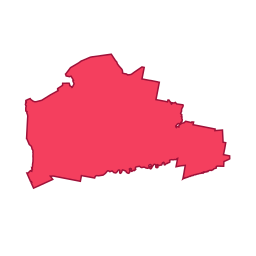 the district of Ances pag., Ventspils, Latvia, rotated 187°
{"feature_id": "27541924B94862337906440", "entity_name": "Ances pag.", "entity_type": "district", "adm_level": 2, "iso_a3": "LVA", "parent_name": "Latvia", "parent_adm1": "Ventspils", "projection": "mercator", "projection_center": [21.993, 57.524], "detail": "fine", "context": "isolated", "style": "filled", "palette": "rose", "viewbox_px": 256, "rotation_deg": 187, "n_neighbors": 0, "source": "geoboundaries", "source_scale": "gbopen_adm2", "svg_char_len": 5360}
<svg xmlns="http://www.w3.org/2000/svg" viewBox="0 0 256 256"><g transform="rotate(187 128 128)"><path d="M214.4,56.8L196.4,67.8L199.2,70.7L196.3,71.2L168.8,69.3L168.4,75.1L155.0,74.3L154.9,74.6L154.8,75.4L154.7,75.8L154.3,76.3L153.6,76.9L151.3,77.0L147.0,78.2L145.5,79.6L144.5,80.8L144.0,81.7L143.2,82.8L142.9,83.0L142.1,83.1L140.7,82.4L139.1,83.2L138.6,83.4L138.2,83.2L136.5,82.0L134.6,81.9L134.2,82.3L133.1,83.7L132.6,84.8L132.0,85.2L131.4,85.2L131.1,85.1L130.9,84.7L130.9,84.2L130.9,83.1L130.7,82.4L130.4,82.2L129.9,82.1L129.5,82.5L129.1,83.2L128.9,83.7L128.6,85.2L128.5,85.6L128.2,85.8L126.7,85.5L126.1,85.2L125.4,85.2L124.7,84.7L124.3,84.0L123.8,83.6L122.7,83.2L122.1,83.1L121.2,83.7L121.0,84.2L121.0,85.6L121.2,86.6L121.3,86.9L121.6,87.2L121.7,87.4L121.5,87.7L120.9,88.1L120.4,88.2L119.8,87.9L119.7,87.6L119.9,86.2L119.5,85.5L118.9,85.4L117.9,86.4L117.2,86.6L116.8,86.4L116.6,86.5L116.3,86.7L116.2,87.0L115.6,87.4L115.4,87.8L115.3,88.0L115.8,88.3L115.7,89.3L115.8,89.6L115.4,90.2L114.6,90.6L111.9,91.4L110.5,90.6L109.9,90.4L109.4,90.4L108.2,90.9L107.4,91.1L106.5,91.0L105.7,90.6L105.3,90.5L103.4,90.4L102.5,91.1L102.3,91.5L102.4,92.4L102.8,92.8L102.8,93.3L102.6,93.6L102.2,94.0L101.4,94.5L100.7,94.2L100.5,93.9L100.4,93.6L100.5,93.1L100.8,92.7L101.5,92.0L101.6,91.3L101.6,91.0L101.4,90.6L101.1,90.4L100.8,90.2L100.4,90.3L100.0,90.6L99.8,90.9L99.7,91.6L99.6,91.9L99.2,92.3L99.2,92.6L99.3,93.0L99.2,93.1L98.5,93.6L98.1,94.6L97.9,94.9L97.3,95.2L96.6,95.1L96.0,94.8L95.9,94.5L95.8,93.4L95.6,92.5L95.4,92.3L94.8,92.1L94.0,92.2L93.6,92.5L93.5,92.9L93.5,93.3L93.8,93.7L94.4,93.9L94.8,94.3L95.0,94.7L94.9,95.0L94.5,95.2L94.2,95.2L93.6,95.0L93.0,94.6L92.5,94.5L91.4,95.1L90.5,95.2L90.2,95.4L90.0,95.6L89.7,96.8L89.6,97.4L89.5,97.6L88.5,98.3L88.1,98.2L87.9,97.9L87.8,97.5L87.9,97.3L88.0,97.0L87.6,96.1L87.4,95.9L87.0,95.9L86.6,96.1L85.8,97.2L85.3,97.5L84.7,97.6L83.9,98.3L82.5,99.0L82.4,99.2L82.4,100.0L82.6,100.3L82.8,100.9L82.7,101.0L82.4,101.3L81.0,101.9L79.3,101.9L78.2,102.3L76.5,102.5L76.1,102.8L75.6,103.6L75.0,103.9L75.6,95.4L70.7,97.0L66.6,97.9L66.6,97.7L66.9,92.0L66.9,91.0L67.3,84.6L67.4,84.1L66.2,85.1L65.6,85.1L65.5,85.4L65.4,85.3L65.3,85.5L64.9,85.6L64.6,85.8L64.3,85.8L62.7,86.5L61.1,87.5L60.5,87.5L60.2,87.7L60.2,87.9L59.6,88.0L59.4,88.4L59.2,88.5L58.8,88.6L58.2,88.6L58.0,88.8L57.4,88.9L57.3,89.2L56.6,89.6L56.0,89.7L55.8,89.9L55.5,90.0L55.2,89.9L54.8,90.2L54.3,90.3L54.1,90.5L52.8,91.0L52.5,91.0L51.9,91.4L49.7,92.0L49.3,92.3L49.0,92.3L48.9,92.3L49.0,92.5L48.9,92.5L48.0,92.8L48.0,93.3L47.8,93.5L47.5,93.5L47.4,93.3L47.3,93.6L46.8,93.7L46.5,93.7L46.4,93.5L46.2,93.6L46.3,93.7L46.1,93.9L45.5,93.8L45.0,94.0L44.7,94.0L44.4,94.1L44.5,94.4L44.2,94.6L43.9,94.7L43.3,94.7L43.3,94.9L43.2,94.9L42.9,95.3L42.1,95.8L40.7,96.1L39.8,96.1L39.7,96.3L38.5,97.0L37.8,97.9L37.1,98.3L36.6,98.5L35.6,98.9L35.5,99.2L35.7,100.1L35.7,100.3L35.2,100.8L34.4,101.1L28.4,101.7L28.7,106.1L28.7,106.4L24.4,109.0L23.3,109.8L23.7,112.7L30.0,113.2L29.5,119.2L29.2,125.3L31.9,125.5L34.0,137.5L41.4,136.0L41.4,137.6L63.8,139.2L63.6,141.9L65.4,141.8L65.5,141.6L65.7,141.1L71.6,141.7L73.0,140.0L75.3,139.2L76.9,137.6L77.7,136.8L77.7,135.2L78.4,135.4L79.9,135.2L80.2,134.5L80.5,134.8L80.7,135.3L80.9,135.6L80.9,135.8L80.8,136.0L80.3,136.4L79.9,137.4L79.3,138.1L78.7,138.6L77.9,138.4L76.7,138.9L75.9,140.5L75.3,141.0L75.2,141.2L75.1,142.7L75.3,143.2L75.9,144.5L75.7,145.3L75.7,145.6L76.5,146.1L76.3,146.7L76.2,147.1L76.2,147.3L76.2,147.7L77.5,148.7L77.6,149.1L76.9,150.9L77.1,153.4L76.1,155.9L76.0,157.1L76.3,157.7L82.5,157.8L84.2,159.2L84.9,158.6L85.9,158.4L87.8,158.5L87.1,157.7L87.8,157.0L88.7,158.3L89.0,158.4L89.3,159.2L90.0,159.8L90.9,160.8L91.6,160.5L91.8,160.5L91.8,159.9L92.0,158.8L103.7,159.6L102.5,177.2L103.9,177.3L104.3,177.4L111.0,177.9L112.7,177.9L120.1,178.4L119.3,190.1L121.6,190.3L128.4,184.3L131.3,181.6L133.9,180.8L134.4,180.9L134.9,180.7L135.2,181.0L135.6,181.0L136.0,181.4L138.8,181.6L140.2,182.0L140.3,183.5L140.7,184.7L141.4,185.7L144.6,188.5L145.3,189.3L146.1,190.0L147.4,192.4L148.6,193.3L153.6,199.2L172.1,194.3L174.0,193.7L182.7,188.7L184.8,186.7L192.4,180.9L196.2,174.3L196.6,173.9L195.7,172.1L192.2,171.8L190.9,172.5L190.6,172.2L187.9,168.7L188.5,168.1L186.9,165.3L187.9,162.5L188.7,162.1L188.4,161.6L188.6,161.4L189.3,162.1L191.0,163.0L191.3,164.2L191.9,165.3L198.3,164.4L198.2,162.3L202.5,158.7L202.3,158.5L202.5,158.2L202.3,157.9L202.5,157.6L201.9,156.6L208.7,151.7L217.0,145.0L222.1,143.0L223.5,142.7L224.5,142.8L225.7,143.2L227.7,144.3L228.2,144.7L228.7,145.3L230.7,144.2L232.7,142.9L232.7,142.3L232.5,142.1L232.6,141.9L232.3,141.6L232.4,141.3L232.2,141.2L232.3,140.7L232.1,140.6L232.2,140.4L232.6,140.2L232.5,139.9L232.6,139.6L232.6,139.0L232.7,138.8L232.3,138.1L232.0,137.5L231.7,137.4L231.9,136.1L231.9,135.3L231.5,132.4L230.3,132.0L230.3,130.8L230.0,130.1L229.5,129.2L229.2,128.5L228.9,127.1L228.8,125.0L227.4,105.2L227.2,105.2L224.0,99.6L222.4,98.6L221.5,97.8L220.6,95.3L220.0,94.8L219.4,93.4L219.5,92.5L219.1,91.1L219.0,89.2L218.8,88.1L218.9,87.8L218.6,87.0L218.2,82.7L218.3,81.7L218.3,79.7L218.1,78.8L218.2,78.0L218.2,76.5L218.5,76.6L218.4,76.4L218.5,76.3L218.3,76.0L218.4,75.8L218.2,75.6L218.0,75.4L218.2,75.2L218.3,74.8L218.4,74.5L218.7,74.3L218.4,74.1L218.5,74.0L218.3,73.7L218.3,73.3L219.8,73.6L221.7,71.2L222.9,71.0L218.3,63.2L217.4,63.1L216.9,62.3L217.5,61.9L214.4,56.8Z" fill="#f43f5e" stroke="#9f1239" stroke-width="1.5"/></g></svg>